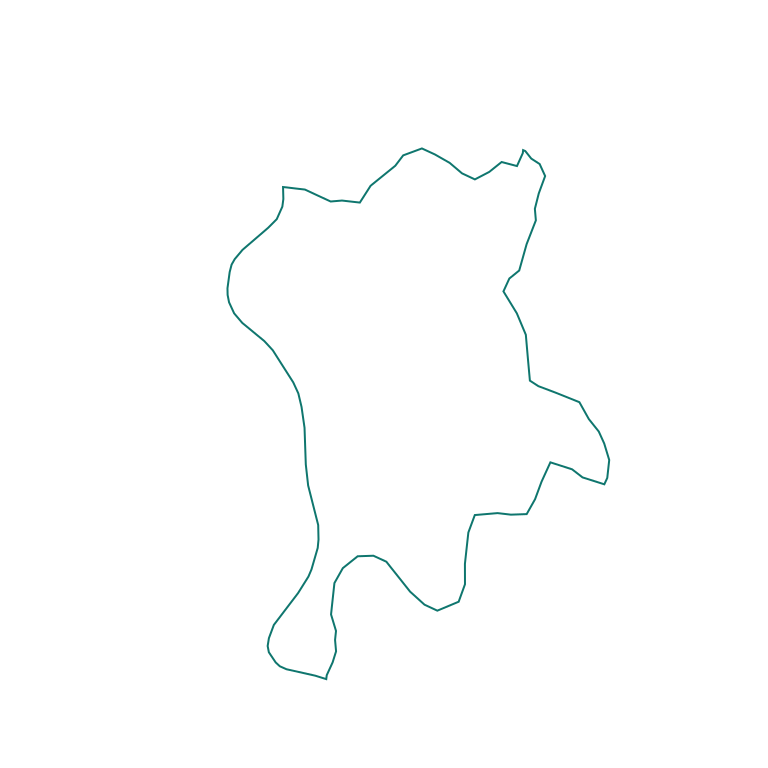 the district of Phangyo, Kangwŏn-do, North Korea, rotated 321°
{"feature_id": "82179303B47367102754155", "entity_name": "Phangyo", "entity_type": "district", "adm_level": 2, "iso_a3": "PRK", "parent_name": "North Korea", "parent_adm1": "Kangwŏn-do", "projection": "robinson", "projection_center": [126.949, 38.743], "detail": "fine", "context": "isolated", "style": "outline", "palette": "teal", "viewbox_px": 768, "rotation_deg": 321, "n_neighbors": 0, "source": "geoboundaries", "source_scale": "gbopen_adm2", "svg_char_len": 1570}
<svg xmlns="http://www.w3.org/2000/svg" viewBox="0 0 768 768"><g transform="rotate(321 384 384)"><path d="M492.1,600.6L498.4,597.5L511.2,584.8L517.7,568.8L521.0,556.1L521.1,540.2L524.4,521.1L511.9,498.7L502.6,482.8L499.5,473.2L512.3,454.1L525.2,435.0L531.7,412.7L535.1,387.2L547.8,380.9L560.5,380.9L582.8,365.1L605.0,352.4L611.5,342.8L624.2,333.3L640.1,323.8L643.4,311.0L640.3,301.5L640.4,291.9L639.3,289.8L637.2,291.9L624.5,298.3L615.1,285.5L599.2,285.4L583.4,282.2L577.2,269.4L574.2,253.5L568.0,237.6L561.7,224.8L542.8,218.4L530.1,221.5L517.4,221.5L511.1,221.5L498.4,221.5L479.4,227.8L466.8,215.0L457.4,208.6L451.1,195.8L444.9,183.1L438.6,176.7L432.4,170.3L429.5,167.4L422.2,176.9L416.6,182.2L404.4,188.4L392.3,189.7L358.5,190.7L346.6,193.0L340.7,195.3L334.5,199.9L322.6,211.1L318.5,216.4L315.0,223.0L312.0,234.8L312.3,247.3L318.0,275.3L318.8,287.8L317.1,302.6L314.5,325.6L311.5,337.4L305.5,349.9L294.7,368.0L272.6,397.3L261.2,415.1L244.1,452.2L235.2,463.7L229.3,469.7L210.9,482.5L204.1,486.1L185.7,492.4L146.8,501.9L134.6,509.1L128.7,514.4L125.7,520.0L125.4,523.2L124.6,532.2L125.4,537.8L128.7,544.3L147.0,567.4L153.4,577.0L156.2,574.3L168.9,568.0L178.5,561.6L184.9,552.1L191.3,545.7L197.8,529.8L204.2,523.4L220.2,507.5L236.1,501.2L255.1,501.3L267.7,510.8L274.0,523.6L273.9,530.0L273.8,542.7L273.6,561.8L276.6,581.0L282.8,593.7L305.0,600.2L320.9,590.6L333.7,574.7L346.5,562.0L356.1,552.5L372.1,543.0L391.0,555.8L400.4,565.4L413.0,574.9L428.9,568.6L444.9,559.1L464.0,549.6L476.5,568.7L479.5,581.5L492.1,600.6Z" fill="none" stroke="#0f766e" stroke-width="2"/></g></svg>